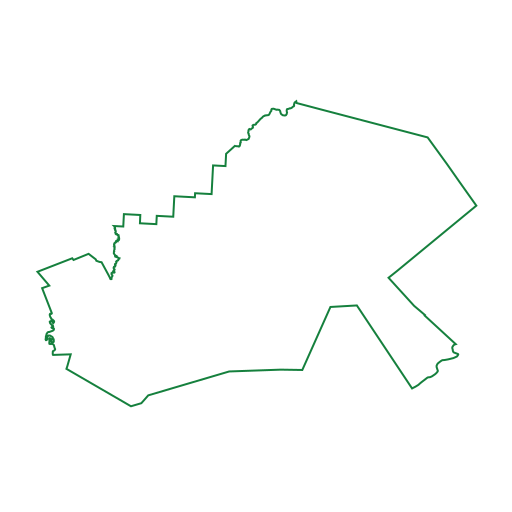 Anáhuac, Nuevo León, Mexico (orthographic projection), rotated 93°
{"feature_id": "50627088B57971111763522", "entity_name": "Anáhuac", "entity_type": "district", "adm_level": 2, "iso_a3": "MEX", "parent_name": "Mexico", "parent_adm1": "Nuevo León", "projection": "orthographic", "projection_center": [-100.048, 27.323], "detail": "fine", "context": "isolated", "style": "outline", "palette": "green", "viewbox_px": 512, "rotation_deg": 93, "n_neighbors": 0, "source": "geoboundaries", "source_scale": "gbopen_adm2", "svg_char_len": 5946}
<svg xmlns="http://www.w3.org/2000/svg" viewBox="0 0 512 512"><g transform="rotate(93 256 256)"><path d="M99.4,223.9L100.1,224.8L100.4,225.0L100.6,225.3L101.3,225.7L101.8,225.7L102.6,226.0L104.0,225.8L104.3,225.9L104.6,226.2L104.6,226.4L105.2,227.2L105.5,227.5L106.1,228.0L106.4,228.5L106.8,229.5L106.7,229.8L106.8,230.0L107.5,231.6L107.6,232.4L107.9,232.8L109.3,233.0L110.3,232.8L111.0,232.5L111.7,232.7L112.4,232.7L113.7,233.4L114.0,233.8L114.2,234.8L114.0,236.7L113.0,238.2L112.5,238.6L111.3,239.1L110.1,239.4L109.5,239.8L108.9,240.4L108.8,240.8L108.8,241.6L108.7,242.6L108.9,243.2L108.0,246.1L108.1,247.0L108.3,247.9L108.5,248.1L109.0,248.3L110.2,248.3L111.5,249.2L113.7,250.1L114.4,250.6L114.7,251.2L114.8,251.9L115.0,253.4L115.2,253.6L115.2,254.4L115.7,255.0L115.9,255.6L116.6,256.5L117.5,257.1L118.9,258.7L122.0,261.2L122.7,261.9L123.0,262.1L123.2,262.6L123.9,262.8L124.2,262.8L124.5,263.0L124.9,263.6L124.9,263.8L125.2,265.5L125.8,266.2L126.1,266.3L126.8,266.0L127.4,265.7L128.4,266.1L128.9,267.0L129.8,267.8L129.9,268.4L129.5,269.2L129.7,269.5L130.1,269.7L130.8,270.1L131.8,270.0L132.9,270.3L133.3,270.3L133.8,270.1L134.2,269.7L134.9,269.7L135.7,269.4L136.3,269.0L136.7,268.8L138.1,269.0L139.6,269.6L139.9,270.3L140.3,270.9L140.7,271.6L140.6,271.8L140.6,272.4L140.4,272.7L140.3,273.2L140.6,273.8L140.5,275.2L140.6,275.9L140.7,276.0L141.1,277.0L141.8,277.4L143.5,277.2L144.1,277.8L144.9,277.6L146.6,277.9L147.3,278.3L147.5,278.5L147.6,279.0L147.3,279.4L147.4,280.4L147.3,282.7L147.2,282.9L155.5,291.2L167.8,291.2L167.8,303.6L196.5,303.6L196.5,320.1L200.6,320.1L200.6,340.7L221.1,340.7L221.1,340.8L221.1,341.3L221.1,357.2L229.4,357.2L229.4,373.6L221.1,373.7L221.1,390.1L233.5,390.1L233.5,399.3L234.3,398.4L234.9,398.3L235.3,398.7L235.9,398.7L236.1,398.6L236.2,398.1L236.5,398.0L236.9,398.2L237.3,397.9L237.6,398.0L238.1,397.5L238.5,397.3L239.3,397.4L239.8,397.8L240.3,397.6L240.9,396.9L241.3,397.2L241.5,397.0L241.4,396.6L241.6,396.5L241.6,396.4L241.5,395.9L242.0,395.8L242.5,395.2L242.6,394.9L242.2,394.8L242.3,394.4L243.8,394.0L244.1,394.1L244.4,394.4L245.0,394.3L245.1,394.1L245.0,393.8L245.0,393.7L246.1,393.5L246.6,393.6L246.5,394.0L247.4,394.4L247.4,394.6L246.8,394.8L246.8,395.0L247.8,394.9L247.8,395.1L248.0,395.1L248.1,394.7L248.2,394.8L248.4,395.0L248.6,395.0L248.6,395.5L248.2,395.6L248.3,395.9L248.3,396.4L248.7,396.6L249.7,396.6L249.8,396.8L249.6,397.0L250.1,397.2L250.2,397.6L250.6,398.0L250.9,397.9L251.4,398.2L251.6,398.4L251.8,398.4L252.1,398.1L252.9,398.2L253.2,398.0L253.5,398.2L253.7,397.7L253.8,397.7L253.9,397.9L254.3,397.9L254.9,397.6L255.1,397.7L255.4,397.9L255.9,397.6L256.4,397.7L256.8,397.6L257.0,397.8L257.9,398.0L258.2,398.0L258.7,397.8L259.1,398.1L260.9,398.1L261.1,397.9L261.3,397.8L262.5,396.8L263.3,396.8L264.0,396.5L264.1,396.0L264.2,395.7L263.9,395.6L263.6,395.8L263.3,395.8L263.2,395.7L263.2,395.3L263.7,394.9L264.4,394.8L264.9,393.5L265.5,392.8L265.4,392.4L265.4,392.2L265.5,392.2L265.8,392.3L265.9,392.7L266.1,393.0L267.5,393.4L267.6,393.9L268.1,394.4L268.2,394.8L268.5,395.1L268.9,395.3L269.0,395.0L269.4,395.0L270.4,395.2L271.1,395.6L271.5,396.4L271.8,396.4L272.5,395.8L272.9,395.8L273.4,396.0L273.5,396.4L274.1,396.4L274.2,396.6L274.1,396.9L274.3,397.3L275.4,397.6L276.3,397.1L276.8,396.5L277.0,396.5L277.5,396.7L277.8,397.1L277.8,397.3L278.0,397.5L278.3,397.4L278.6,397.6L278.6,397.3L279.3,396.5L279.5,396.4L279.8,396.4L280.0,396.6L280.0,397.5L280.3,398.4L280.3,398.9L280.7,399.4L281.8,399.3L282.2,399.1L282.8,398.4L283.0,398.3L283.7,398.4L284.6,398.9L284.9,399.2L285.1,399.3L285.7,399.3L285.8,399.1L286.2,399.1L286.6,399.1L286.7,399.3L286.7,399.9L286.5,400.3L285.3,400.8L282.4,402.5L270.3,409.9L270.1,412.0L269.1,415.2L268.4,415.5L267.7,415.9L262.6,423.3L269.5,438.0L267.9,439.4L283.2,473.4L296.4,460.9L299.3,467.9L323.8,456.9L324.4,457.2L324.5,457.4L324.6,457.8L324.4,458.3L324.5,458.6L325.2,458.9L326.1,458.8L327.9,458.1L328.6,457.5L329.5,457.2L329.8,456.7L330.2,455.8L331.0,455.0L331.2,454.6L331.8,454.2L332.4,454.2L332.7,454.3L333.6,454.9L333.7,455.0L333.3,455.4L331.7,456.5L331.5,456.8L331.7,457.4L331.9,457.9L332.2,458.0L332.4,458.5L332.6,458.5L333.8,458.1L334.3,457.7L335.8,456.1L335.9,455.9L336.0,455.3L336.1,455.2L336.8,455.0L337.4,454.8L337.7,454.9L338.0,455.2L337.8,456.3L338.0,456.5L338.4,456.3L338.8,455.5L338.6,454.8L338.7,454.5L339.2,454.0L340.1,454.0L340.5,454.2L341.3,455.1L342.7,458.5L342.8,459.4L343.2,460.1L344.9,461.1L346.1,461.2L347.2,461.6L348.5,461.6L348.9,461.5L349.0,461.5L350.1,461.8L351.0,461.4L351.0,461.0L350.9,460.7L350.3,460.3L349.9,460.2L349.4,460.2L348.5,460.3L347.8,460.3L347.2,459.7L346.6,459.5L346.3,459.2L346.3,458.3L346.2,458.0L346.2,457.6L347.0,456.1L347.1,455.8L347.6,455.1L348.0,454.7L348.4,454.6L349.6,454.8L349.7,454.6L349.5,454.1L349.7,453.7L350.5,453.6L351.3,453.5L352.1,453.5L352.5,453.7L352.6,453.9L352.8,455.2L352.6,455.7L352.3,455.9L350.9,455.9L350.0,456.2L349.5,456.5L348.9,457.5L348.9,457.9L349.1,458.1L350.4,458.1L351.6,457.7L352.7,457.9L354.2,457.8L354.5,457.7L354.7,457.0L354.4,455.9L354.6,455.0L354.6,454.4L354.8,454.0L355.4,453.3L355.8,453.1L358.3,452.3L359.5,451.7L360.0,451.8L360.8,452.4L361.6,453.7L362.0,453.9L364.1,453.9L365.2,453.7L365.4,453.5L363.9,435.9L376.1,438.7L378.6,439.4L412.6,373.0L409.0,362.8L400.8,356.3L372.7,276.7L368.2,225.4L367.4,203.8L303.0,179.0L300.1,152.7L380.1,93.2L379.7,92.6L378.2,90.0L376.2,87.1L374.5,85.4L373.4,84.2L368.6,78.6L368.2,77.9L368.0,76.5L367.8,75.6L366.9,73.9L364.7,71.0L363.4,69.7L361.9,68.6L361.2,68.4L357.5,69.8L356.6,69.9L356.1,69.9L354.6,69.3L353.8,68.8L352.5,67.4L351.1,65.7L350.3,64.5L350.0,62.2L349.2,58.8L347.6,53.5L345.9,50.2L345.6,49.9L344.3,49.1L343.7,48.9L343.5,49.0L343.3,49.2L342.0,53.3L341.4,54.0L340.3,54.5L339.3,54.6L338.0,55.1L337.0,55.2L336.6,55.1L335.0,54.2L334.1,53.3L333.6,51.9L306.6,84.5L306.1,84.2L297.5,95.5L270.8,122.5L263.8,114.6L194.2,38.6L171.2,56.8L154.7,69.7L128.6,90.8L106.4,198.1L101.1,223.5L99.4,223.9Z" fill="none" stroke="#15803d" stroke-width="2"/></g></svg>